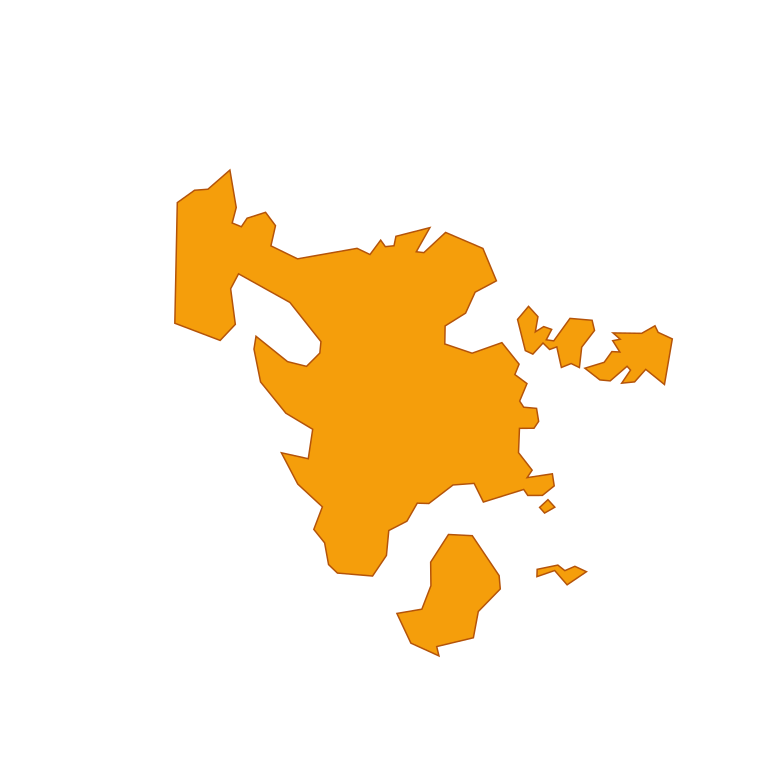 Goheung-gun, South Jeolla, South Korea, rotated 304°
{"feature_id": "91817680B78599330358722", "entity_name": "Goheung-gun", "entity_type": "district", "adm_level": 2, "iso_a3": "KOR", "parent_name": "South Korea", "parent_adm1": "South Jeolla", "projection": "equal_earth", "projection_center": [127.345, 34.606], "detail": "medium", "context": "isolated", "style": "filled", "palette": "amber", "viewbox_px": 768, "rotation_deg": 304, "n_neighbors": 0, "source": "geoboundaries", "source_scale": "gbopen_adm2", "svg_char_len": 1964}
<svg xmlns="http://www.w3.org/2000/svg" viewBox="0 0 768 768"><g transform="rotate(304 384 384)"><path d="M317.4,176.6L328.5,223.8L350.3,227.4L377.2,203.6L394.0,201.8L399.0,260.4L383.9,308.0L373.8,313.5L355.3,309.9L348.6,291.5L352.0,251.2L340.2,256.7L316.7,280.5L304.9,319.0L306.6,350.2L279.7,363.0L269.6,337.4L252.8,368.5L247.7,401.6L224.2,407.1L219.1,423.6L203.3,439.0L201.2,451.1L218.4,481.9L243.2,481.9L265.2,469.9L283.1,479.7L303.8,478.2L310.0,488.0L338.9,497.7L352.0,514.3L341.7,532.4L374.7,558.8L372.0,565.5L380.2,577.6L394.7,582.1L403.7,573.8L386.4,555.0L395.4,555.0L402.3,533.9L423.0,521.1L431.2,533.1L439.5,533.1L449.1,524.1L442.9,512.8L445.7,506.0L464.3,502.3L465.0,487.2L476.0,484.9L484.2,458.6L458.8,439.8L451.2,412.0L466.3,402.2L488.4,412.0L511.1,408.2L532.4,419.5L551.7,390.2L544.1,350.3L515.2,343.6L511.7,336.8L539.3,334.6L513.1,311.3L504.2,315.0L498.6,308.3L501.4,300.8L483.5,300.0L481.4,285.8L439.4,242.3L435.3,213.0L454.6,205.5L460.1,189.8L444.9,177.8L434.6,177.8L432.6,168.1L447.7,162.8L475.2,136.6L447.0,129.1L438.7,118.6L418.8,111.2L317.4,176.6ZM307.6,542.0L295.3,521.6L262.4,522.3L243.0,535.7L218.5,541.3L201.0,523.0L184.2,551.2L189.3,581.6L195.8,574.5L223.6,600.0L248.1,589.4L279.1,595.0L289.5,586.6L307.6,542.0ZM525.1,554.4L509.4,541.7L508.1,560.7L513.1,569.8L534.6,575.6L533.4,580.6L517.6,580.6L525.9,590.6L542.5,592.8L540.4,616.8L582.6,597.8L580.1,582.4L583.8,576.1L570.1,569.3L554.4,545.3L553.2,554.8L547.8,549.4L542.4,561.6L538.3,554.8L525.1,554.4ZM525.9,474.0L529.2,460.4L512.2,458.6L490.7,482.5L492.0,490.7L506.9,492.9L505.2,502.0L511.4,506.5L496.9,521.8L505.6,527.7L506.9,536.8L525.1,527.3L546.1,528.6L553.2,520.9L542.4,501.5L514.7,500.6L511.4,493.8L523.0,492.5L520.9,484.3L511.8,480.3L525.9,474.0ZM316.0,614.6L309.8,618.5L324.8,629.8L319.9,648.1L341.6,656.8L339.6,644.2L330.4,638.3L331.1,629.4L316.0,614.6ZM368.7,582.0L366.8,589.3L377.4,594.5L379.8,584.6L368.7,582.0Z" fill="#f59e0b" stroke="#b45309" stroke-width="1.5"/></g></svg>